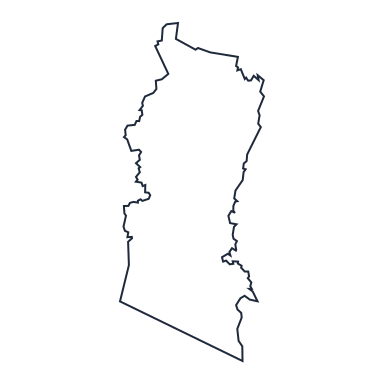 the district of Bega Valley, New South Wales, Australia
{"feature_id": "25037944B16891547173569", "entity_name": "Bega Valley", "entity_type": "district", "adm_level": 2, "iso_a3": "AUS", "parent_name": "Australia", "parent_adm1": "New South Wales", "projection": "natural_earth1", "projection_center": [149.95, -36.816], "detail": "medium", "context": "isolated", "style": "outline", "palette": "slate", "viewbox_px": 384, "rotation_deg": 0, "n_neighbors": 0, "source": "geoboundaries", "source_scale": "gbopen_adm2", "svg_char_len": 1895}
<svg xmlns="http://www.w3.org/2000/svg" viewBox="0 0 384 384"><path d="M242.5,361.0L242.3,346.3L238.6,340.9L237.3,328.9L241.7,317.5L241.2,312.9L237.5,309.5L236.1,305.1L240.5,298.2L244.6,295.8L249.8,299.6L257.5,301.3L252.7,291.5L249.3,288.9L251.8,288.9L250.3,286.2L251.3,282.4L247.8,278.2L249.1,276.4L248.2,271.5L244.7,271.5L241.1,267.7L241.7,265.9L241.5,265.7L237.8,263.5L238.1,261.6L232.7,261.3L233.3,263.8L229.7,264.3L226.1,260.6L223.1,261.6L222.0,257.2L227.8,253.8L230.4,255.5L229.4,252.0L232.0,248.2L235.9,250.6L236.2,250.0L235.3,244.4L236.9,241.1L233.5,238.7L232.7,234.8L234.0,226.8L236.5,224.3L230.1,223.1L228.4,215.8L231.3,211.1L235.0,212.8L233.3,210.9L233.4,205.8L235.2,201.7L237.3,201.2L234.2,198.4L235.5,190.5L242.7,180.1L243.6,172.1L245.6,169.3L243.1,168.5L243.8,163.5L246.6,161.1L247.2,154.4L260.8,127.1L258.2,123.7L259.6,115.4L258.1,110.9L264.0,96.4L260.2,91.6L263.7,80.2L257.7,75.2L258.6,80.1L253.7,75.8L251.0,80.4L248.2,80.7L246.1,77.6L244.8,79.0L240.8,69.2L237.4,70.4L238.0,67.4L236.1,66.0L237.9,56.9L210.3,52.4L197.9,48.0L195.6,49.7L175.9,38.9L178.0,23.0L166.6,24.3L162.7,28.1L161.8,40.5L157.5,41.4L158.3,44.4L155.2,46.0L168.3,73.9L161.8,79.3L155.8,80.7L156.4,89.0L153.2,93.0L145.0,96.5L142.2,102.9L142.9,105.8L139.6,110.1L141.7,110.3L142.4,114.8L140.1,116.8L139.2,121.1L136.5,121.0L134.7,124.9L127.5,125.6L125.1,129.7L125.7,135.2L124.0,137.1L127.2,139.4L131.3,150.9L139.0,149.7L141.1,152.0L139.0,155.4L139.8,159.8L136.0,163.2L140.2,167.1L138.6,168.3L139.8,172.2L136.0,176.9L137.6,179.7L135.9,181.7L141.5,182.6L142.7,186.1L145.3,185.0L145.1,192.3L148.7,192.8L150.2,195.2L148.7,198.8L142.4,200.9L140.6,199.3L137.9,200.7L137.9,202.6L133.5,201.9L129.9,202.9L128.4,205.9L123.9,206.0L124.4,213.4L126.0,215.6L123.5,226.6L124.9,230.8L128.3,232.3L127.4,237.2L131.8,236.9L132.0,238.3L128.1,241.8L128.9,265.1L120.0,301.4L242.5,361.0Z" fill="none" stroke="#1e293b" stroke-width="2"/></svg>